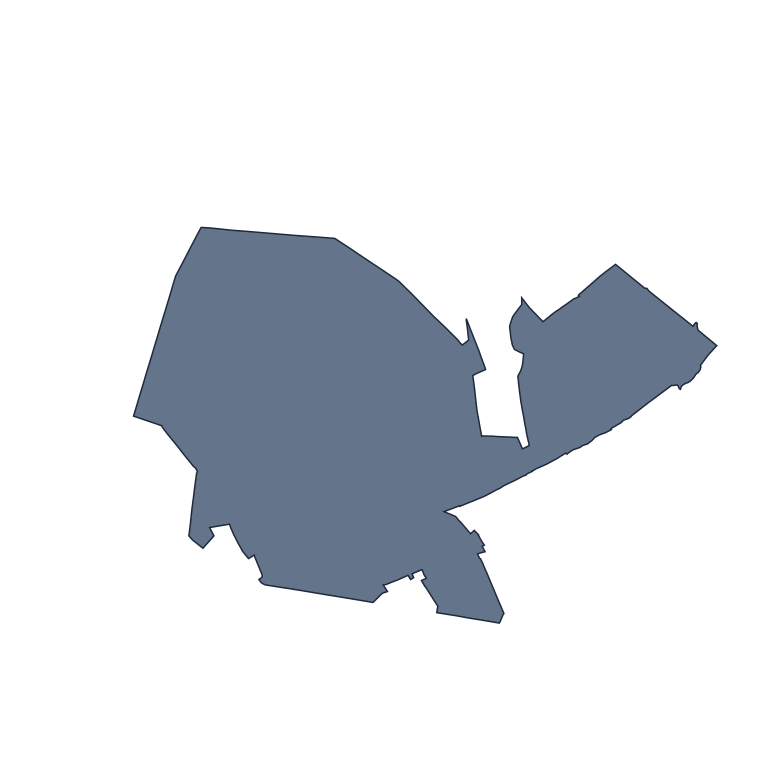 outline of Chimalhuacán, México, Mexico, rotated 308°
{"feature_id": "50627088B23248681455683", "entity_name": "Chimalhuacán", "entity_type": "district", "adm_level": 2, "iso_a3": "MEX", "parent_name": "Mexico", "parent_adm1": "México", "projection": "orthographic", "projection_center": [-98.942, 19.418], "detail": "fine", "context": "isolated", "style": "filled", "palette": "slate", "viewbox_px": 768, "rotation_deg": 308, "n_neighbors": 0, "source": "geoboundaries", "source_scale": "gbopen_adm2", "svg_char_len": 5787}
<svg xmlns="http://www.w3.org/2000/svg" viewBox="0 0 768 768"><g transform="rotate(308 384 384)"><path d="M474.1,332.9L473.9,327.5L473.7,325.1L473.3,319.4L471.6,297.5L470.5,282.0L470.0,274.3L469.2,265.0L469.1,263.6L469.0,262.2L468.8,259.8L468.4,255.5L462.1,246.0L453.9,233.7L452.7,231.9L451.2,229.7L444.9,220.3L444.1,219.0L442.9,217.2L441.5,215.0L438.5,210.5L436.3,207.1L427.8,194.1L419.6,181.6L411.4,169.3L405.7,160.1L399.9,150.9L394.8,143.5L386.0,145.0L374.0,147.2L362.8,149.3L355.3,150.7L340.9,153.3L331.8,156.8L322.8,160.4L309.1,165.7L300.0,169.2L290.9,172.7L281.8,176.3L272.7,179.8L263.6,183.4L254.5,186.9L245.4,190.4L236.3,194.0L227.2,197.5L218.1,201.1L204.5,206.4L209.4,220.5L214.3,234.7L214.2,234.8L213.4,236.0L211.0,245.3L208.1,258.2L207.5,260.7L205.4,268.9L201.8,284.5L201.7,287.4L200.2,290.8L198.1,291.4L185.4,298.8L176.1,304.4L167.4,309.5L152.5,318.8L144.2,323.7L143.2,329.2L143.1,342.5L143.8,342.6L146.2,342.6L151.5,343.0L159.6,343.5L161.7,338.9L162.2,337.9L163.6,335.0L178.3,348.5L177.4,350.3L177.0,350.8L176.4,351.6L174.0,356.1L172.8,358.3L171.6,360.9L169.3,365.7L168.4,367.7L167.5,370.0L166.3,372.9L165.2,375.2L164.2,379.5L163.0,384.7L169.2,387.0L167.9,389.1L167.1,390.5L166.2,392.1L165.5,393.3L162.1,399.3L158.6,405.4L157.6,406.3L156.1,406.8L153.1,405.7L152.8,406.0L152.6,406.9L152.3,407.9L152.1,408.6L151.9,409.8L152.0,411.4L152.3,412.8L152.4,413.4L153.1,415.1L153.8,416.3L157.7,423.3L160.9,429.1L163.4,433.5L164.7,435.8L166.6,439.3L168.9,443.4L174.4,453.5L178.1,460.4L180.5,464.7L184.2,471.6L184.7,472.4L188.6,479.5L194.5,490.3L200.2,500.8L201.5,503.2L202.4,504.8L202.6,505.3L205.1,509.8L205.8,509.9L209.2,510.4L213.9,511.0L215.3,511.1L216.3,511.3L218.4,511.7L222.6,514.5L225.2,507.1L227.4,509.2L230.1,510.7L233.6,512.7L237.5,515.1L243.9,518.6L248.0,520.7L246.7,524.3L246.3,525.4L249.7,526.6L251.7,523.0L252.1,523.2L261.1,528.2L257.7,534.2L257.8,535.2L256.8,536.9L252.2,534.5L251.5,536.2L249.8,540.5L250.0,540.6L242.0,563.2L238.3,565.2L236.3,566.4L246.4,584.6L247.7,587.1L251.6,594.6L254.3,599.5L257.2,604.7L262.1,613.7L264.7,618.6L265.3,619.7L266.6,622.1L267.2,622.0L268.3,621.8L273.2,620.5L275.4,619.9L277.0,619.8L285.4,604.5L287.1,601.5L289.7,596.9L298.4,581.4L299.3,579.6L300.7,577.1L303.9,571.3L305.7,567.7L305.5,566.8L307.7,562.2L311.3,564.8L313.0,566.1L314.1,566.9L315.7,563.1L316.5,561.3L317.1,561.6L318.8,562.3L319.8,559.1L320.9,556.1L321.4,554.8L321.6,554.6L322.9,551.5L323.3,551.5L323.3,551.3L323.7,549.0L323.9,547.7L324.2,545.2L321.5,544.8L320.7,544.6L319.3,544.5L319.5,543.5L319.8,541.7L322.5,528.8L322.3,528.3L323.7,522.0L320.4,509.9L334.4,518.4L334.6,518.5L334.2,519.0L355.5,531.2L355.9,531.5L362.9,534.8L370.3,538.0L370.8,538.2L372.5,539.3L377.7,541.1L382.5,543.4L384.6,544.5L386.2,545.3L388.4,546.4L390.7,547.5L392.4,548.2L392.9,548.5L394.8,549.3L397.1,550.3L399.6,552.0L401.4,552.1L406.6,554.7L406.8,554.3L408.7,555.3L410.7,556.0L413.4,557.5L421.2,561.6L432.5,566.5L436.8,568.0L441.5,569.8L441.3,571.4L443.1,571.7L446.9,572.9L449.1,573.8L452.7,576.3L453.3,576.5L453.9,577.0L454.6,577.5L455.6,577.8L457.1,578.1L459.4,579.4L461.4,580.9L462.5,581.4L463.6,581.6L467.1,582.6L471.2,583.0L472.2,583.2L473.1,583.7L474.5,584.2L475.2,584.5L476.3,585.0L478.7,586.4L481.5,588.2L481.8,588.4L484.8,589.8L488.0,591.3L488.8,590.4L500.0,594.8L502.9,595.0L504.1,595.7L504.9,596.4L506.6,597.3L507.9,598.2L509.1,598.4L510.7,598.8L511.2,598.6L523.5,601.7L527.6,602.7L529.5,603.2L531.6,603.7L544.6,607.3L560.0,611.5L561.0,613.0L563.4,615.2L563.8,615.7L563.7,616.3L563.6,616.8L562.6,618.6L562.3,619.4L562.1,619.8L562.1,620.3L562.3,620.9L564.1,620.2L565.1,619.9L565.7,619.8L566.2,620.0L566.9,620.1L568.1,620.4L570.5,621.4L572.0,622.6L573.5,623.0L574.8,623.7L576.0,623.6L577.7,624.0L579.2,624.1L580.7,624.1L582.7,623.8L584.7,623.9L586.2,624.5L587.5,624.5L589.6,624.4L592.4,623.3L593.5,621.9L606.1,621.6L619.1,622.6L619.8,598.3L620.6,597.2L622.0,595.5L622.9,594.5L624.2,594.0L624.9,592.6L624.5,592.0L623.7,591.8L622.7,591.7L619.7,592.0L620.3,537.0L620.5,535.0L620.6,534.3L621.0,533.2L621.2,532.4L621.1,531.9L620.4,531.2L620.0,530.6L620.8,492.8L608.6,489.5L601.6,487.8L594.2,486.4L573.7,482.5L573.4,484.0L571.6,483.1L570.9,482.8L569.9,482.4L568.8,481.6L568.1,481.2L560.6,479.0L560.1,478.9L553.6,476.8L551.5,476.3L548.6,475.4L547.9,475.0L541.7,473.3L539.1,472.8L531.0,470.9L531.9,464.0L532.2,462.3L532.8,457.6L533.4,453.5L533.5,452.9L533.6,451.9L536.7,439.4L531.5,443.6L524.3,443.7L520.3,443.8L519.5,443.8L517.8,443.9L516.2,444.0L514.5,444.6L511.3,445.7L508.3,446.8L506.4,447.8L501.8,452.3L498.3,455.8L493.7,461.2L492.7,463.1L491.7,465.3L491.7,466.3L492.6,470.8L492.8,471.8L493.3,473.7L493.7,475.5L490.1,477.8L487.9,479.2L484.9,481.0L482.2,482.3L479.7,483.2L477.4,483.8L477.1,483.9L474.3,484.3L472.5,484.7L469.3,487.9L467.4,489.6L464.2,492.8L463.0,494.0L461.3,495.6L459.5,497.5L454.5,502.6L451.8,505.6L447.8,510.0L445.6,512.6L444.8,513.5L444.2,514.2L440.2,518.5L437.3,521.8L436.7,522.6L432.7,526.9L431.7,528.2L430.0,530.2L425.0,536.3L418.1,533.1L424.1,522.0L421.2,518.2L420.8,517.4L416.3,511.2L414.1,508.1L412.1,505.2L410.9,503.5L409.6,501.5L404.6,494.8L403.4,493.2L402.6,493.5L404.2,491.7L405.9,489.9L407.6,487.8L407.9,487.5L408.8,486.5L413.5,481.3L413.9,480.8L415.9,478.7L416.6,477.8L419.4,474.6L424.8,469.2L429.5,464.6L432.3,461.9L433.1,461.1L437.4,456.9L440.1,454.1L440.7,453.5L442.7,451.5L445.3,448.8L448.7,450.2L457.8,455.1L458.1,455.1L461.3,450.0L464.6,444.6L469.3,437.3L469.4,437.0L472.6,431.6L475.0,427.4L475.7,426.3L480.8,417.6L482.1,415.5L486.2,408.6L484.6,409.8L480.2,414.4L477.5,417.1L473.9,420.6L470.9,423.5L470.7,423.7L462.9,421.7L463.4,417.6L463.5,417.3L463.7,417.1L463.8,416.7L464.2,414.8L466.4,396.8L467.8,381.9L469.5,369.2L470.2,364.2L470.4,362.8L472.6,346.5L472.8,343.8L473.0,341.8L474.1,332.9Z" fill="#64748b" stroke="#1e293b" stroke-width="1.5"/></g></svg>